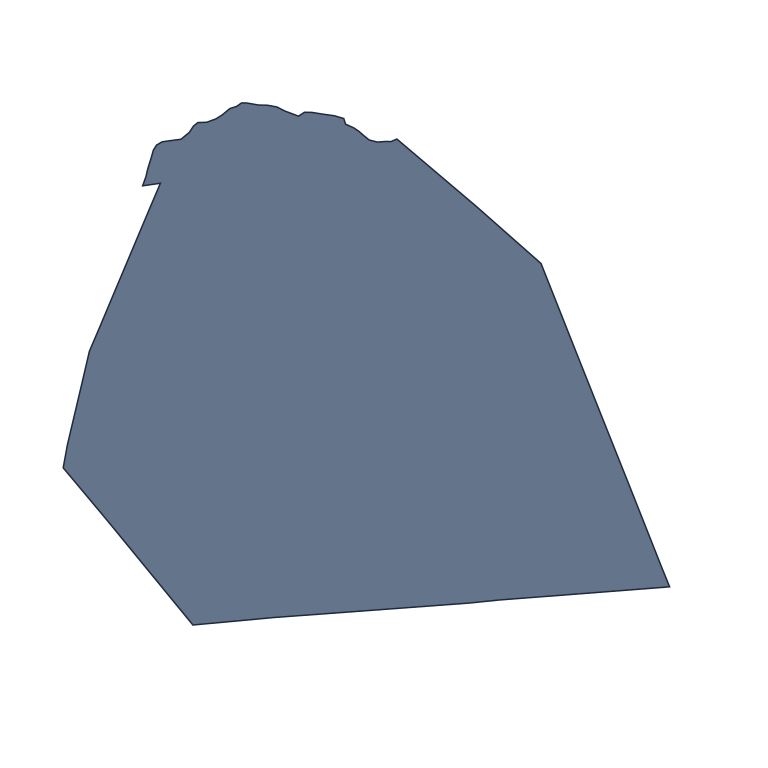 Peritoró, Maranhão, Brazil, rotated 7°
{"feature_id": "56859067B28886236546513", "entity_name": "Peritoró", "entity_type": "district", "adm_level": 2, "iso_a3": "BRA", "parent_name": "Brazil", "parent_adm1": "Maranhão", "projection": "mercator", "projection_center": [-44.323, -4.413], "detail": "fine", "context": "isolated", "style": "filled", "palette": "slate", "viewbox_px": 768, "rotation_deg": 7, "n_neighbors": 0, "source": "geoboundaries", "source_scale": "gbopen_adm2", "svg_char_len": 932}
<svg xmlns="http://www.w3.org/2000/svg" viewBox="0 0 768 768"><g transform="rotate(7 384 384)"><path d="M120.3,216.7L137.6,212.0L129.7,239.4L101.1,340.2L95.3,360.8L87.6,387.4L84.0,421.0L77.2,482.7L75.8,506.3L126.6,553.8L223.7,646.5L302.7,629.3L496.4,590.8L523.5,584.6L553.7,578.5L692.2,550.5L681.2,530.7L639.9,454.9L608.6,397.9L574.8,336.2L525.2,245.3L484.5,217.4L453.4,196.1L366.9,139.3L361.5,142.5L355.8,143.1L348.0,144.7L339.5,143.6L332.7,139.3L328.2,136.2L322.6,133.4L314.2,130.8L311.7,125.4L302.1,123.8L289.7,123.6L279.2,123.2L271.9,124.0L266.5,128.6L259.7,126.9L252.5,125.2L244.0,122.1L234.4,121.5L225.4,122.4L219.6,122.1L213.6,121.8L208.3,122.4L204.1,126.3L197.3,129.5L190.8,136.5L184.9,141.3L176.2,145.8L167.4,147.2L163.5,151.2L160.1,158.0L152.7,165.8L141.5,168.7L134.2,170.7L129.1,174.6L126.6,180.0L125.5,187.1L124.1,194.7L123.2,199.9L122.5,206.9L120.3,216.7Z" fill="#64748b" stroke="#1e293b" stroke-width="1.5"/></g></svg>